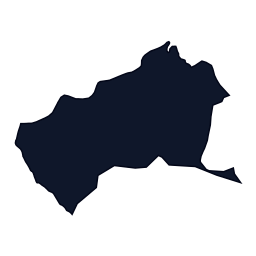 Rehaid Albirdi, Southern Darfur, Sudan (Natural Earth projection)
{"feature_id": "16777658B32181362177213", "entity_name": "Rehaid Albirdi", "entity_type": "district", "adm_level": 2, "iso_a3": "SDN", "parent_name": "Sudan", "parent_adm1": "Southern Darfur", "projection": "natural_earth1", "projection_center": [23.455, 11.002], "detail": "fine", "context": "isolated", "style": "filled", "palette": "ink", "viewbox_px": 256, "rotation_deg": 0, "n_neighbors": 0, "source": "geoboundaries", "source_scale": "gbopen_adm2", "svg_char_len": 2603}
<svg xmlns="http://www.w3.org/2000/svg" viewBox="0 0 256 256"><path d="M201.4,61.4L194.8,65.8L193.3,66.4L191.4,67.5L190.0,65.5L188.5,64.2L187.0,63.7L185.7,63.0L185.2,61.7L185.0,60.4L183.9,59.8L180.8,58.9L178.7,56.3L178.5,53.6L177.3,51.3L176.5,48.3L175.8,46.4L174.9,46.3L173.7,46.4L172.3,46.4L171.3,47.4L169.9,49.0L169.6,51.3L168.8,52.4L167.9,52.4L166.9,50.9L166.8,48.9L167.4,46.6L168.4,45.2L169.4,43.6L169.5,42.4L168.8,41.7L167.0,42.4L165.6,43.9L164.4,45.0L160.9,47.1L157.8,48.5L153.6,50.1L150.8,51.1L150.0,51.6L147.7,53.2L145.9,54.5L145.2,55.0L144.4,55.8L143.6,56.8L143.2,57.2L142.3,59.2L141.7,60.4L141.6,63.9L141.4,65.3L141.2,66.0L140.8,66.5L139.4,67.8L136.0,70.0L134.0,71.2L131.8,72.3L130.6,72.5L127.8,73.0L127.4,73.2L126.3,73.5L122.1,75.1L120.7,75.7L118.7,76.5L114.9,78.1L111.0,79.7L109.9,80.2L107.0,80.7L106.8,80.7L105.4,80.9L100.2,81.6L98.2,82.9L97.1,85.2L96.8,85.8L96.3,87.3L95.5,89.6L94.6,92.2L94.3,92.7L93.7,93.5L92.8,94.8L92.2,95.5L91.9,95.8L88.8,98.2L82.7,99.1L78.6,98.9L75.8,98.9L68.2,96.0L64.3,95.2L61.0,97.3L59.9,99.1L58.9,100.9L58.4,101.7L58.0,102.3L57.0,104.4L56.5,105.3L55.6,107.0L54.2,109.7L52.6,112.7L50.3,114.7L48.7,116.1L44.9,118.1L42.6,119.1L41.8,119.5L38.6,120.9L36.7,121.8L31.9,123.3L27.6,123.4L26.8,123.5L24.2,123.6L21.4,123.6L21.1,123.6L20.8,123.6L20.2,126.1L18.5,131.1L17.9,133.4L17.2,136.4L16.6,139.1L15.8,140.7L15.4,143.0L16.0,144.8L16.8,145.7L17.7,146.5L18.9,147.5L20.6,149.0L21.4,150.3L21.9,151.3L22.3,152.3L22.7,154.3L22.9,155.2L23.0,156.3L23.6,157.3L25.1,160.5L25.8,161.9L26.7,163.2L27.9,165.1L29.2,167.4L30.6,170.3L31.5,171.2L32.4,171.6L33.2,172.8L33.7,174.3L34.2,175.7L34.4,176.6L35.2,178.6L35.7,179.8L36.1,181.2L36.9,182.6L37.5,182.8L38.1,182.7L39.2,182.9L40.0,183.5L40.4,183.7L41.3,184.5L41.9,185.0L42.0,185.1L42.7,185.5L43.1,185.8L43.7,186.2L44.5,186.7L45.3,187.4L46.3,188.4L47.0,189.0L47.6,189.7L48.8,190.9L49.9,191.4L50.5,191.7L51.5,192.0L52.6,192.7L53.5,193.4L59.6,203.6L60.3,204.4L62.0,205.1L63.3,206.0L65.1,207.7L65.1,207.8L65.8,208.9L66.7,210.4L67.7,210.9L69.0,211.5L70.2,212.3L71.8,213.9L72.1,214.3L72.3,213.9L77.2,203.6L96.3,187.5L97.9,175.4L114.3,165.5L135.3,168.0L146.3,167.1L158.4,155.4L162.0,157.1L169.1,164.9L195.2,166.5L216.7,175.1L240.6,182.6L234.4,173.9L233.3,168.0L223.7,171.7L209.1,170.8L206.2,169.5L200.4,162.2L200.2,160.3L201.0,156.2L202.9,151.6L204.5,148.3L207.3,140.4L208.1,135.5L210.3,125.0L210.9,116.6L212.8,105.1L219.0,102.7L221.8,101.5L223.6,97.5L229.2,95.3L219.9,85.2L218.2,82.5L216.3,79.3L215.3,77.1L214.5,75.5L212.8,69.0L211.4,65.5L206.1,62.4L202.6,61.3L201.9,61.1L201.4,61.4Z" fill="#0f172a" stroke="#020617" stroke-width="1.5"/></svg>